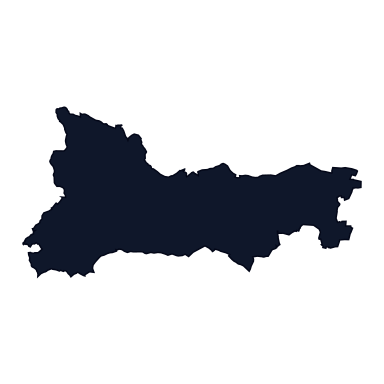 Taga, Cluj, Romania
{"feature_id": "2599482B54670496725150", "entity_name": "Taga", "entity_type": "district", "adm_level": 2, "iso_a3": "ROU", "parent_name": "Romania", "parent_adm1": "Cluj", "projection": "robinson", "projection_center": [24.058, 46.951], "detail": "fine", "context": "isolated", "style": "filled", "palette": "ink", "viewbox_px": 384, "rotation_deg": 0, "n_neighbors": 0, "source": "geoboundaries", "source_scale": "gbopen_adm2", "svg_char_len": 5945}
<svg xmlns="http://www.w3.org/2000/svg" viewBox="0 0 384 384"><path d="M93.9,272.3L92.6,268.8L92.6,267.3L93.1,264.9L95.4,261.8L99.6,257.1L101.2,255.8L104.0,255.1L107.6,253.4L110.0,252.7L112.3,252.5L116.4,251.1L115.9,249.6L117.5,249.9L118.6,249.1L120.9,249.3L122.4,249.8L124.3,251.2L127.4,252.4L130.6,251.4L133.3,251.8L140.9,251.7L142.8,251.9L145.0,253.3L146.4,253.6L150.8,252.4L154.0,253.0L157.9,252.4L161.2,252.7L165.7,254.2L167.9,255.2L171.2,254.1L172.5,254.0L176.4,255.5L178.2,255.9L182.3,255.5L185.2,254.2L188.6,256.5L193.1,252.2L205.0,245.8L209.1,248.1L211.9,250.5L212.4,251.5L212.9,251.3L214.5,250.0L214.6,249.3L215.8,249.3L218.8,250.2L220.7,251.2L226.2,252.8L229.7,254.5L228.7,255.9L232.0,259.4L234.1,261.2L235.8,262.0L238.3,263.9L240.8,264.5L243.5,265.8L249.2,271.2L250.3,269.0L251.1,266.1L253.4,261.3L253.5,259.1L252.7,256.9L257.2,256.1L262.8,256.7L263.1,257.0L264.8,256.8L264.9,256.4L268.2,256.2L271.8,250.1L272.8,249.4L275.0,248.7L276.7,247.6L276.5,246.4L276.9,246.9L279.1,245.0L279.8,244.6L279.1,242.8L278.1,237.9L278.1,236.6L277.4,232.7L277.4,231.2L277.8,231.2L277.9,232.3L278.5,233.3L283.1,233.2L289.0,234.8L292.0,232.5L294.1,231.4L294.2,230.9L296.3,231.3L296.6,230.5L298.7,231.0L299.1,230.1L299.2,229.1L300.0,228.3L300.5,226.8L301.6,225.5L303.0,224.5L313.6,225.2L319.2,229.1L320.3,231.7L320.4,232.4L318.8,238.1L319.2,239.2L320.7,239.0L322.1,243.9L321.3,244.6L323.3,246.4L322.9,247.5L325.8,248.2L326.1,246.9L327.0,246.9L328.8,247.0L328.8,247.6L330.0,247.7L330.2,248.0L330.5,248.0L335.2,246.7L337.6,246.6L339.3,241.5L339.6,239.9L344.6,239.5L348.7,239.6L350.2,233.4L350.7,232.8L352.5,228.2L351.0,227.4L350.7,226.0L345.6,226.0L346.0,221.3L342.0,221.4L341.8,222.0L339.8,222.2L339.5,221.8L337.7,222.4L337.5,222.2L336.0,218.3L337.1,211.7L337.0,210.5L337.5,207.4L339.3,205.3L339.7,204.5L339.6,203.7L338.2,202.4L337.9,201.8L337.4,201.5L337.4,199.6L337.1,198.4L337.2,197.3L338.4,196.9L339.1,196.1L341.3,195.9L341.5,197.5L344.2,197.4L344.6,200.1L348.7,198.5L351.8,191.9L352.3,189.6L352.9,188.9L353.0,188.0L354.7,188.0L355.5,187.7L358.0,187.9L360.9,187.4L361.0,181.5L353.5,179.8L353.4,179.5L349.8,179.3L351.7,174.7L355.3,175.7L356.4,173.8L357.4,171.1L356.7,170.4L353.4,169.3L353.2,169.5L352.3,169.5L352.4,169.0L351.8,168.8L345.2,167.7L341.2,168.2L332.8,167.6L331.9,170.9L332.0,172.6L331.8,173.1L331.1,173.0L325.0,171.6L321.1,171.0L310.1,164.9L309.8,164.5L309.5,163.3L303.7,165.6L299.2,166.0L299.1,165.7L296.7,165.7L295.1,166.8L291.5,168.1L287.1,170.4L280.3,173.3L275.7,175.9L270.8,175.1L262.6,175.3L259.5,176.4L258.3,177.4L255.3,177.6L252.0,177.1L248.1,175.7L245.3,175.4L242.1,175.9L239.7,175.7L240.0,177.5L238.3,177.9L236.6,177.7L234.8,177.0L235.3,176.4L235.7,174.8L233.1,173.4L230.6,171.1L229.7,170.0L227.5,166.0L224.9,164.2L223.1,163.5L221.2,164.2L220.5,165.0L219.0,165.8L215.7,166.8L213.3,168.4L210.0,168.6L207.5,169.6L202.1,170.0L198.1,171.6L197.8,172.0L198.2,172.9L198.3,175.3L198.2,175.7L195.6,173.8L195.2,174.0L193.5,172.2L193.1,172.1L191.5,172.8L191.2,173.3L188.2,175.6L188.0,176.0L186.7,176.7L186.3,175.7L186.5,173.9L186.3,173.0L184.9,172.1L184.1,172.0L183.2,171.1L184.4,170.3L184.6,169.7L184.6,169.1L180.5,170.8L179.9,170.6L176.7,173.4L172.5,175.9L171.2,175.9L168.6,177.2L164.7,176.6L160.2,174.3L157.4,171.8L154.1,169.4L153.3,168.9L151.9,168.8L151.4,168.1L151.0,166.5L150.3,165.7L148.1,164.8L147.9,164.0L145.9,162.5L145.4,161.2L144.4,160.3L144.6,159.3L145.2,158.4L145.0,154.4L146.4,152.1L146.4,151.7L144.8,148.8L143.3,147.1L142.6,145.7L141.4,144.4L141.3,143.8L141.7,142.6L141.6,141.9L141.0,140.4L140.8,139.4L141.1,138.6L138.4,135.2L134.2,134.1L131.7,135.4L129.1,137.5L128.5,138.4L127.9,140.3L126.8,137.8L125.6,136.7L123.7,131.0L122.2,128.2L120.7,128.2L120.8,125.9L121.7,125.2L121.4,125.0L118.4,125.5L118.5,125.2L117.8,125.2L117.6,125.7L116.0,125.5L115.9,126.9L115.2,128.4L108.5,125.9L107.3,125.2L107.2,124.5L106.5,124.4L106.2,123.8L103.8,124.0L102.4,123.3L102.0,122.7L101.0,121.9L99.1,120.9L95.7,120.3L89.6,116.9L88.2,115.7L85.4,114.3L84.3,114.1L81.9,114.4L80.3,113.4L80.4,117.0L77.6,116.0L75.3,115.5L73.1,114.3L70.0,114.2L69.1,113.3L68.6,111.4L67.3,110.4L67.2,109.4L66.3,108.2L65.4,107.5L64.1,107.2L61.2,108.1L60.0,108.1L58.9,109.0L57.7,108.8L56.6,109.1L56.2,109.8L56.1,112.5L57.3,114.2L57.3,116.1L58.2,118.7L59.9,120.7L59.7,121.4L60.4,121.7L63.2,124.4L64.7,127.9L64.8,129.5L66.0,132.8L67.1,134.3L66.4,136.2L65.6,140.2L65.6,141.4L66.2,144.3L67.1,146.3L67.1,147.5L65.2,150.0L63.8,151.0L55.9,150.9L53.7,151.4L53.3,153.5L52.0,155.5L51.4,157.0L51.0,159.3L50.2,160.2L49.9,161.5L50.4,162.8L51.4,164.4L53.1,166.3L53.7,167.7L54.5,170.5L54.4,172.5L53.8,173.6L53.4,175.0L54.2,177.0L54.4,182.7L54.8,183.5L56.9,186.3L59.7,186.3L60.7,186.6L62.9,187.6L64.0,188.7L64.5,190.8L64.1,193.1L65.4,195.1L65.6,197.4L61.8,197.1L62.1,197.3L62.1,198.5L60.3,201.2L57.6,204.3L56.5,203.2L56.0,203.2L52.8,207.3L51.4,208.1L51.9,209.2L49.0,211.1L43.9,212.9L42.1,215.8L42.0,217.7L42.2,218.2L41.8,219.2L40.2,220.8L39.7,222.9L37.7,224.2L35.8,225.2L33.9,228.1L33.4,228.6L32.5,228.7L33.2,230.8L35.1,230.6L33.6,232.0L33.4,232.6L33.5,233.9L32.2,234.2L32.1,234.7L30.9,234.9L29.5,236.7L27.7,237.5L25.8,238.9L24.6,241.2L25.2,241.1L24.8,241.9L23.0,243.1L23.2,244.3L23.5,244.6L24.6,243.9L26.1,244.4L26.7,244.0L27.9,244.7L28.8,245.8L28.8,246.2L30.3,246.9L31.8,244.3L33.1,243.8L34.6,243.9L36.2,242.7L37.8,244.1L38.8,243.9L41.1,247.8L42.2,249.1L38.4,252.5L38.0,252.7L34.5,252.8L33.8,253.3L31.3,253.0L30.7,252.5L28.5,252.7L28.7,254.8L29.7,257.5L29.7,258.9L29.4,260.2L31.3,263.7L31.4,265.8L32.1,266.8L34.4,268.0L36.3,269.6L36.8,271.1L37.6,272.4L37.8,273.6L38.0,273.9L37.8,276.6L40.9,273.6L44.0,272.1L45.1,271.9L46.5,271.2L47.5,270.3L51.4,268.7L52.5,269.2L56.2,269.8L59.4,271.0L60.6,270.3L63.2,271.3L63.6,271.3L63.7,270.7L65.6,270.7L66.8,271.5L68.2,273.6L69.2,274.5L69.5,274.5L70.9,276.8L73.9,274.2L76.4,273.2L76.6,272.8L77.4,272.3L79.2,273.0L79.9,273.6L83.5,275.5L84.9,275.9L84.8,274.8L89.1,272.0L90.1,271.8L93.9,272.3Z" fill="#0f172a" stroke="#020617" stroke-width="1.5"/></svg>